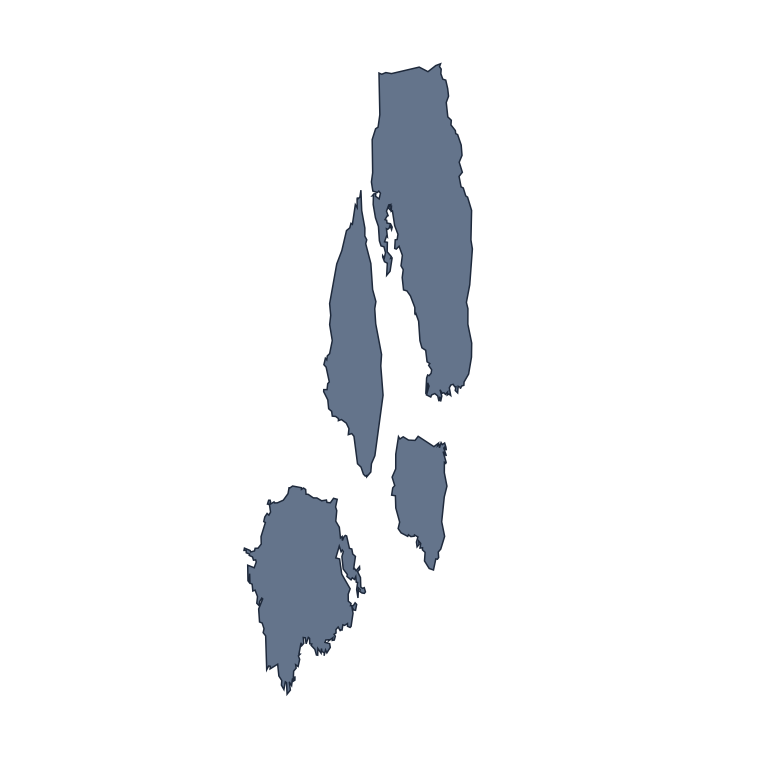 the district of Nesna nor, Nordland, Norway, rotated 284°
{"feature_id": "86288312B50581402621032", "entity_name": "Nesna nor", "entity_type": "district", "adm_level": 2, "iso_a3": "NOR", "parent_name": "Norway", "parent_adm1": "Nordland", "projection": "robinson", "projection_center": [12.999, 66.233], "detail": "fine", "context": "isolated", "style": "filled", "palette": "slate", "viewbox_px": 768, "rotation_deg": 284, "n_neighbors": 0, "source": "geoboundaries", "source_scale": "gbopen_adm2", "svg_char_len": 6147}
<svg xmlns="http://www.w3.org/2000/svg" viewBox="0 0 768 768"><g transform="rotate(284 384 384)"><path d="M708.4,361.4L705.5,357.2L697.7,351.1L700.0,341.5L687.0,316.2L686.6,310.4L684.0,306.9L684.5,303.9L644.3,314.8L631.8,316.1L629.6,314.1L618.3,313.4L586.2,321.9L577.0,322.9L568.5,326.5L568.2,331.3L569.9,332.3L568.3,334.4L562.4,334.5L564.1,330.4L566.7,330.0L566.0,328.2L563.9,327.2L564.4,328.1L555.5,330.1L543.2,335.5L535.5,340.5L521.8,344.9L517.3,347.7L517.1,350.8L511.7,353.7L506.4,353.8L508.2,351.7L506.9,352.0L502.8,354.9L502.0,358.0L490.1,360.3L494.9,362.6L508.1,361.4L507.4,360.0L509.4,360.3L513.1,355.1L522.3,353.0L522.1,350.1L528.1,350.7L527.5,351.7L535.3,348.8L535.0,350.2L536.8,351.4L539.4,351.5L535.6,354.0L538.2,354.0L541.1,351.5L540.9,348.0L543.5,347.0L543.7,345.2L548.4,346.6L547.8,347.6L552.3,344.6L559.0,345.3L559.8,347.1L555.7,345.7L554.5,347.8L559.2,348.1L553.2,349.2L554.0,350.3L540.3,356.0L532.7,361.3L527.4,361.8L526.6,360.0L518.1,361.6L517.9,363.3L521.3,365.3L513.3,370.7L502.8,371.9L499.6,375.0L491.7,375.9L480.0,380.2L479.9,383.7L475.9,388.3L465.7,395.4L459.8,396.9L458.5,397.8L461.0,397.3L453.3,402.4L434.7,408.4L428.3,412.0L426.8,416.3L416.0,420.4L414.9,423.5L412.9,422.8L409.3,426.8L405.8,427.1L403.0,425.7L403.3,424.2L400.1,423.9L385.8,426.7L387.7,427.6L395.7,426.1L392.9,428.2L383.7,427.9L382.7,432.5L385.0,432.9L387.0,435.6L385.4,439.0L380.6,441.5L385.2,441.2L380.8,443.2L386.3,443.0L392.0,439.7L389.1,442.7L390.0,444.2L388.8,446.1L391.6,447.6L388.6,448.0L390.0,449.4L389.0,451.5L396.1,448.3L399.2,449.1L400.4,451.2L398.4,453.3L398.8,454.4L394.9,454.7L393.2,457.6L399.7,456.5L399.2,458.9L397.9,459.2L400.9,459.9L402.0,461.8L405.3,461.2L414.1,463.7L431.2,462.4L444.9,459.2L462.3,450.9L477.4,447.2L483.1,444.2L501.0,443.2L536.4,437.1L544.8,433.5L573.6,427.0L585.5,419.9L586.3,417.8L593.4,413.5L593.9,411.1L603.6,406.6L608.4,408.8L617.4,403.3L624.7,404.4L634.5,401.1L643.8,395.1L644.3,393.0L647.2,391.9L651.6,386.3L656.2,385.5L658.6,381.3L672.2,376.3L678.9,377.0L686.1,374.3L693.8,370.4L694.0,367.3L698.8,364.1L703.4,363.3L705.3,361.1L708.4,361.4ZM191.0,288.3L188.7,288.4L189.2,290.5L186.9,291.2L186.5,294.7L185.1,294.7L184.4,298.2L181.5,300.0L182.3,302.0L180.4,303.1L174.3,302.5L175.2,295.6L160.2,299.6L159.0,301.1L167.5,299.5L158.4,302.1L157.8,304.5L151.4,306.8L152.8,308.8L147.1,312.7L140.5,313.6L138.7,316.4L142.7,315.9L146.7,317.2L146.1,318.3L135.4,316.8L123.0,320.8L122.6,323.6L117.5,326.8L113.5,326.9L111.0,330.1L78.4,339.3L82.5,340.3L82.6,342.0L80.0,342.4L86.4,348.6L75.3,352.6L71.6,356.5L67.0,357.3L63.3,360.8L71.2,360.3L70.6,361.7L59.6,365.0L64.4,367.2L72.1,364.1L69.0,367.3L75.6,366.5L76.4,367.5L73.7,367.9L75.1,369.2L78.1,368.5L77.6,367.0L83.5,365.8L87.0,367.5L90.2,366.2L89.1,369.0L96.4,368.8L99.5,366.7L101.6,368.0L101.5,366.8L112.8,366.1L110.2,367.5L113.0,368.9L118.5,367.0L118.7,369.0L113.1,371.3L119.8,371.9L119.2,373.3L114.0,374.8L114.2,376.8L112.8,376.5L109.8,381.1L104.7,384.0L104.8,385.3L111.3,383.8L107.6,388.1L112.2,387.3L109.6,388.4L108.5,391.2L105.8,391.6L111.8,391.6L109.3,393.6L115.4,395.6L118.9,394.1L119.0,389.2L121.6,389.5L122.5,392.3L121.2,392.3L125.4,395.7L122.7,395.8L123.5,397.7L127.5,397.8L129.1,396.1L130.8,397.7L134.1,396.8L137.1,398.3L133.7,401.5L135.0,401.1L135.1,402.8L140.4,402.4L140.2,404.1L142.7,406.5L140.1,407.2L139.6,410.0L140.9,410.7L154.1,409.4L160.6,406.5L157.4,409.3L157.5,411.1L163.5,410.8L164.7,408.9L161.6,407.9L160.8,405.1L163.1,405.1L164.6,401.9L171.4,400.1L177.1,400.7L189.3,389.0L203.5,383.2L203.6,379.3L215.9,379.8L210.8,383.0L212.8,383.7L211.6,385.1L206.3,384.9L194.6,389.2L190.3,394.5L188.3,394.6L186.0,399.4L188.3,400.1L187.2,402.6L190.2,403.2L185.0,405.0L185.1,406.4L177.9,407.2L170.1,410.5L179.9,408.6L178.7,410.7L176.8,410.7L175.9,413.2L176.1,415.6L177.8,416.3L181.6,414.1L180.5,412.7L181.4,410.6L190.5,408.0L195.5,403.8L198.3,405.3L200.9,404.4L196.1,402.1L198.0,399.9L196.6,399.3L209.8,398.0L211.5,394.8L216.1,392.7L216.2,390.2L227.5,384.5L227.7,383.1L226.0,382.1L222.0,381.5L225.9,380.3L224.1,379.0L234.2,375.3L239.2,370.4L249.7,368.8L252.9,366.8L260.8,366.5L260.9,362.7L255.8,360.7L255.3,357.3L257.5,356.2L255.6,351.7L257.2,346.5L256.4,343.0L258.6,337.1L258.2,335.0L262.7,333.5L263.6,331.1L261.8,329.4L263.4,329.0L262.9,320.0L259.9,317.4L261.0,316.9L254.4,317.4L246.9,314.4L242.9,309.3L242.1,306.5L243.0,305.8L239.5,302.4L242.1,302.5L243.7,301.6L243.3,300.2L239.3,300.0L239.4,302.0L232.3,304.9L228.9,304.0L230.1,301.9L226.1,300.5L221.4,300.6L220.9,302.4L206.2,301.6L199.0,303.6L194.2,301.5L193.4,298.7L190.7,298.7L188.8,295.3L190.1,294.3L191.0,288.3ZM489.1,309.1L448.8,311.8L437.7,315.7L428.5,316.9L413.6,323.3L400.3,323.9L397.5,322.2L393.6,322.6L394.8,320.9L388.2,321.0L386.3,323.8L372.8,330.4L370.7,329.3L364.8,330.1L364.0,326.9L362.0,327.3L355.0,333.3L346.6,336.3L344.8,339.8L340.3,341.6L340.8,345.0L339.4,348.2L337.4,348.6L339.2,351.3L336.9,356.9L332.2,360.8L326.2,361.6L328.1,364.7L326.0,367.5L300.2,377.6L297.8,381.8L291.6,385.8L290.1,388.1L291.0,389.3L289.8,389.7L295.4,392.5L303.7,391.1L312.2,392.5L372.9,385.8L400.8,376.5L412.0,374.5L440.4,361.4L454.8,356.8L462.0,356.2L472.9,350.1L497.7,342.1L515.7,332.3L519.7,332.4L522.9,329.6L530.7,327.7L546.9,320.4L566.5,314.7L559.5,315.4L557.2,313.8L558.5,313.1L557.1,313.1L548.6,315.3L551.1,312.8L531.3,314.7L531.9,313.1L527.2,313.0L523.8,310.5L503.2,310.8L489.1,309.1ZM336.4,410.8L318.7,412.4L304.5,415.9L295.6,414.4L288.0,419.0L285.3,417.6L278.0,418.3L278.3,422.1L266.6,425.4L253.8,432.6L247.1,432.7L243.7,436.6L241.9,443.9L243.6,444.2L242.4,447.0L243.6,450.1L244.9,450.1L243.8,453.9L238.5,453.7L234.0,455.5L236.7,456.8L240.0,455.7L238.2,458.2L233.5,458.6L234.4,461.0L232.4,461.4L230.6,464.6L222.1,466.1L215.9,472.5L215.5,477.0L226.8,476.6L226.9,478.2L228.9,479.0L234.1,477.3L237.5,479.0L250.8,479.7L264.3,473.3L289.0,469.8L300.1,469.8L312.5,464.0L322.8,461.5L322.6,463.0L321.1,462.9L322.9,463.3L332.7,457.7L329.3,461.9L336.3,457.5L337.4,458.1L334.8,460.5L337.8,459.3L341.4,457.1L339.3,455.2L340.9,453.6L335.5,453.3L338.5,452.1L337.0,451.0L339.7,451.1L335.3,447.6L341.5,429.8L336.8,427.8L335.5,421.4L337.4,415.4L334.5,412.7L336.4,410.8Z" fill="#64748b" stroke="#1e293b" stroke-width="1.5"/></g></svg>